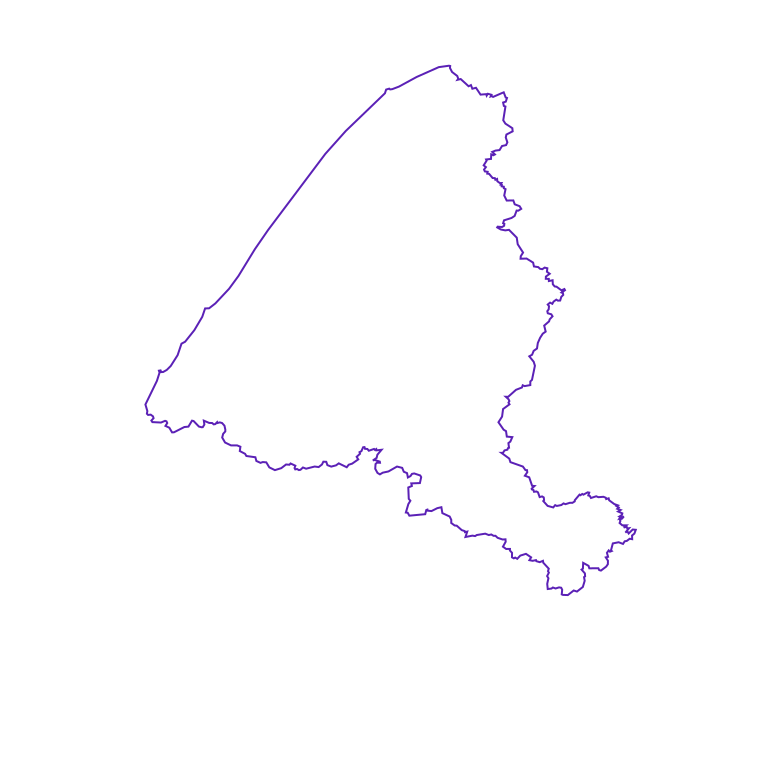 Tomatlán, Jalisco, Mexico, rotated 66°
{"feature_id": "50627088B62386575329079", "entity_name": "Tomatlán", "entity_type": "district", "adm_level": 2, "iso_a3": "MEX", "parent_name": "Mexico", "parent_adm1": "Jalisco", "projection": "equal_earth", "projection_center": [-105.032, 19.938], "detail": "fine", "context": "isolated", "style": "outline", "palette": "violet", "viewbox_px": 768, "rotation_deg": 66, "n_neighbors": 0, "source": "geoboundaries", "source_scale": "gbopen_adm2", "svg_char_len": 6165}
<svg xmlns="http://www.w3.org/2000/svg" viewBox="0 0 768 768"><g transform="rotate(66 384 384)"><path d="M627.3,230.7L625.6,228.1L626.1,226.0L625.3,222.5L626.7,220.4L623.3,219.0L622.5,216.1L619.6,213.3L618.1,216.0L620.1,221.3L617.6,221.6L617.9,223.9L615.4,218.8L614.9,220.5L613.2,220.4L612.6,223.4L611.7,220.1L610.0,223.8L606.8,225.3L605.2,223.7L603.6,223.8L603.8,221.3L602.6,218.8L602.5,223.4L601.5,221.9L600.8,222.7L600.4,219.9L599.1,218.9L595.7,222.0L595.3,219.1L592.9,221.6L592.3,219.8L590.0,221.3L589.9,219.8L587.3,222.5L581.8,225.6L579.8,225.3L579.5,227.8L578.2,227.6L576.3,229.4L574.6,234.2L572.9,235.8L572.3,241.3L570.0,241.5L568.9,242.7L566.7,240.7L565.8,242.0L566.2,246.8L565.1,247.6L565.5,249.8L564.6,250.4L567.8,257.0L568.8,257.5L569.2,260.2L568.1,262.6L567.6,267.1L566.1,268.6L566.7,271.2L565.7,275.7L564.3,276.9L565.6,279.6L561.9,284.1L555.7,286.1L555.2,285.0L552.6,284.2L551.0,285.3L550.6,287.8L545.6,287.4L544.2,288.4L543.5,290.8L541.6,290.6L540.4,291.8L539.7,291.7L538.4,288.0L537.2,290.1L528.3,289.3L525.1,292.6L522.9,289.0L520.9,288.4L520.2,289.8L515.9,290.7L506.8,300.3L503.1,299.9L494.7,304.7L495.3,303.4L493.7,300.9L494.2,298.0L493.0,296.8L493.1,295.7L488.6,294.4L488.0,292.0L484.7,288.4L482.0,293.2L476.7,291.7L474.4,293.3L465.5,295.0L461.8,289.4L455.3,285.4L453.6,277.6L451.7,277.9L450.6,276.4L448.7,276.4L445.2,277.9L446.2,275.8L443.0,265.8L443.3,259.4L441.6,257.8L443.1,256.4L444.5,250.8L441.2,249.3L440.4,247.1L428.7,238.7L424.6,238.2L417.8,240.0L417.5,236.8L414.6,233.8L413.8,229.8L409.1,226.8L405.3,222.6L402.6,218.5L401.9,215.0L395.8,213.9L393.9,207.7L392.3,206.3L390.7,202.5L388.4,202.8L386.0,205.6L383.9,205.2L382.8,203.2L380.0,201.6L378.0,202.1L377.2,199.2L379.2,197.6L377.7,195.6L377.0,192.3L378.6,191.2L379.4,189.1L376.5,186.6L375.5,184.0L373.8,183.6L372.7,184.6L371.9,180.5L370.6,180.6L370.6,183.8L365.3,186.8L364.3,188.4L361.6,189.2L357.8,187.8L357.0,191.5L355.0,190.7L353.7,193.4L351.7,192.4L350.7,187.8L347.7,189.5L344.7,187.7L343.0,189.9L343.5,192.7L342.1,194.7L340.0,195.5L337.6,199.2L333.8,198.4L327.4,202.7L325.1,208.3L322.9,207.1L320.5,203.5L310.7,205.0L304.3,203.2L294.0,207.1L293.0,210.7L290.4,214.4L287.0,216.9L286.5,216.2L288.6,212.3L288.3,209.9L286.6,208.9L285.6,209.8L283.3,207.8L284.2,200.0L283.6,196.3L279.5,192.3L280.3,190.8L279.8,187.4L276.7,187.8L273.0,191.5L268.9,191.2L266.3,197.3L260.7,197.5L255.4,193.7L253.9,194.9L252.5,194.3L251.3,196.1L250.1,195.4L249.4,196.4L248.2,194.9L247.6,196.4L244.9,198.0L242.7,197.3L242.7,199.2L241.0,199.0L240.0,201.0L234.8,202.5L233.8,204.1L232.3,203.0L230.8,205.4L228.8,205.4L227.3,202.7L224.8,204.0L221.7,199.4L220.4,199.4L221.9,194.7L217.8,192.6L219.5,191.1L219.4,189.3L216.0,190.7L216.1,187.2L217.3,183.3L214.6,179.4L215.4,175.3L213.4,173.0L208.3,172.5L205.9,170.7L205.5,163.7L202.5,162.7L195.5,167.2L191.6,167.8L179.9,160.2L178.7,161.4L175.3,160.7L175.6,157.9L172.7,155.3L171.7,156.3L166.2,156.0L166.1,167.6L164.8,168.4L164.7,169.5L163.5,168.2L161.1,171.1L162.3,172.9L160.8,172.7L158.9,178.1L150.8,179.5L150.2,183.2L146.3,183.0L146.4,185.6L136.6,189.9L136.0,193.1L135.3,192.0L132.4,191.8L126.7,194.9L122.1,195.2L120.4,194.2L119.7,195.1L116.8,205.1L116.8,229.3L118.4,249.4L118.0,256.5L117.4,258.6L116.3,259.1L115.9,262.3L118.8,264.9L137.3,316.0L149.9,344.0L196.2,427.3L208.3,447.1L226.1,473.0L234.0,486.8L241.8,505.3L243.7,513.0L242.2,516.7L248.7,522.7L257.7,535.4L264.5,548.5L264.8,552.6L273.7,560.8L280.8,571.5L282.8,576.8L283.2,580.9L282.5,582.7L280.7,582.6L280.3,584.2L282.3,584.4L288.8,590.2L305.7,610.3L312.5,611.2L314.7,612.7L316.3,612.1L317.1,609.6L319.6,608.2L321.5,608.4L322.8,611.4L324.6,611.1L328.5,603.4L328.6,599.0L329.6,597.9L331.5,597.9L333.4,600.7L336.6,597.9L342.0,597.3L342.7,595.5L342.1,583.9L343.4,580.0L339.4,574.3L340.4,573.0L347.6,570.4L349.4,568.1L349.7,567.1L348.0,564.6L344.2,563.5L348.4,559.6L349.8,556.8L351.6,556.0L352.0,554.5L351.0,552.0L351.9,552.1L352.3,549.6L353.8,547.8L357.2,546.7L361.1,547.5L362.8,548.3L364.1,551.2L367.1,553.6L372.8,553.0L377.9,548.7L380.4,543.1L382.9,540.7L386.6,543.0L391.3,539.3L393.8,539.0L398.6,531.3L402.4,531.9L405.8,528.9L406.0,526.5L407.7,523.4L413.5,522.7L418.3,518.7L419.1,512.1L417.7,506.2L419.3,503.2L418.6,501.7L422.6,498.2L424.4,499.9L425.9,499.8L426.3,498.0L428.0,496.8L428.4,495.2L427.3,492.0L429.7,489.6L431.2,480.9L433.3,477.5L432.3,473.4L430.3,471.0L431.6,468.4L435.1,468.7L438.0,465.8L438.8,460.9L438.1,457.6L444.9,451.9L443.4,449.1L443.8,445.5L442.4,438.2L439.4,438.6L438.0,434.3L436.3,434.1L436.2,432.0L433.3,428.8L433.7,427.5L435.5,427.7L436.6,425.6L438.8,425.0L439.3,419.5L440.5,419.1L440.3,417.6L441.5,418.0L443.1,413.0L445.9,418.8L448.5,420.8L449.3,425.3L449.6,423.4L453.2,419.4L454.3,419.7L453.0,422.4L453.7,424.3L457.9,426.5L462.6,426.1L464.9,424.5L464.5,421.2L465.7,415.5L464.7,405.7L468.0,401.5L472.2,401.6L474.8,399.2L479.1,400.2L478.9,397.3L477.5,395.0L478.0,392.8L482.3,388.1L484.2,387.9L489.1,391.5L485.9,399.5L488.5,400.0L488.4,403.9L499.0,408.1L501.4,407.4L503.6,410.6L510.3,416.3L511.3,414.7L514.6,414.4L519.7,399.3L516.3,396.6L516.4,395.4L517.5,395.6L519.4,392.3L519.1,385.8L519.9,381.7L525.7,383.2L531.8,377.9L535.5,377.8L538.3,379.1L542.0,377.0L543.0,375.2L549.1,372.4L551.2,370.1L552.3,370.3L552.7,368.0L556.9,371.8L558.5,364.9L560.0,362.6L559.7,360.7L561.9,352.4L564.6,349.7L565.1,347.2L567.2,345.7L568.0,343.9L570.7,342.8L574.3,338.9L575.3,336.2L577.6,337.0L581.0,341.5L584.4,339.5L585.9,336.0L587.3,336.7L590.3,335.7L594.4,337.6L596.1,336.3L595.9,334.8L597.9,333.4L596.2,329.3L596.9,323.4L602.2,320.1L604.1,322.8L606.0,320.1L606.7,316.8L607.8,316.9L610.1,314.2L610.2,310.7L612.0,311.2L619.7,308.6L621.7,310.3L623.4,310.1L625.8,313.1L628.3,312.8L633.0,316.2L637.9,317.8L639.0,314.2L638.6,312.5L640.6,310.4L641.0,306.8L642.2,305.0L644.4,304.9L648.5,307.2L649.4,306.4L651.6,301.9L649.8,294.7L652.1,292.1L650.3,284.9L645.4,280.7L641.8,279.8L641.5,278.5L638.7,277.5L633.9,279.0L633.6,277.4L628.4,274.8L633.3,271.1L635.9,271.4L639.5,263.1L641.5,263.1L642.7,261.7L641.2,255.3L639.7,252.8L636.5,251.3L632.6,251.9L633.0,249.6L628.9,249.0L627.4,246.4L629.1,245.8L629.2,243.9L628.3,244.3L622.7,239.8L624.0,234.0L627.3,230.7Z" fill="none" stroke="#5b21b6" stroke-width="2"/></g></svg>